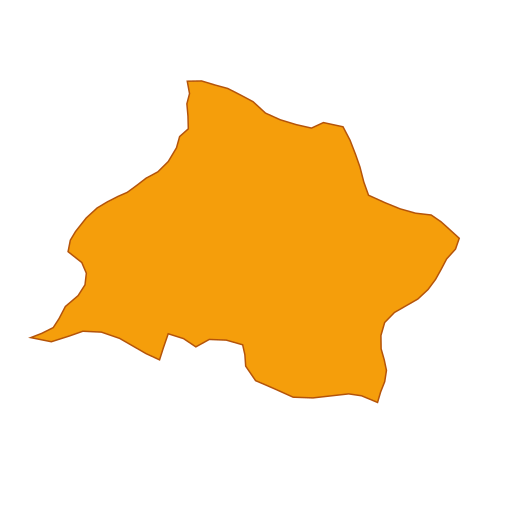 outline of Santa Rita de Minas, Minas Gerais, Brazil, rotated 289°
{"feature_id": "56859067B52773915344075", "entity_name": "Santa Rita de Minas", "entity_type": "district", "adm_level": 2, "iso_a3": "BRA", "parent_name": "Brazil", "parent_adm1": "Minas Gerais", "projection": "equal_earth", "projection_center": [-42.126, -19.875], "detail": "fine", "context": "isolated", "style": "filled", "palette": "amber", "viewbox_px": 512, "rotation_deg": 289, "n_neighbors": 0, "source": "geoboundaries", "source_scale": "gbopen_adm2", "svg_char_len": 1262}
<svg xmlns="http://www.w3.org/2000/svg" viewBox="0 0 512 512"><g transform="rotate(289 256 256)"><path d="M157.1,418.6L168.1,418.1L179.1,418.6L190.3,416.6L199.5,411.1L209.0,404.5L221.5,400.0L235.0,399.3L247.7,405.3L257.8,414.1L268.1,423.1L280.4,429.6L292.4,433.4L303.6,435.4L315.3,437.2L327.5,442.4L338.9,442.4L344.1,430.4L348.6,419.8L351.8,408.3L348.4,392.8L347.5,376.9L348.4,360.6L350.1,342.6L361.1,333.8L374.0,325.3L384.5,317.0L396.1,307.2L406.5,296.2L404.1,276.3L395.0,266.8L393.3,251.2L392.7,234.4L394.2,218.4L400.9,203.1L403.2,188.8L405.2,174.7L404.3,161.2L403.8,147.6L398.9,134.1L387.9,140.3L377.4,141.1L366.2,146.1L354.2,150.6L344.1,144.9L332.4,145.6L316.8,142.3L303.6,135.8L293.9,126.8L284.3,120.5L274.2,113.5L267.5,106.2L258.9,97.9L249.8,90.2L236.7,83.1L220.4,77.4L210.5,75.3L198.9,76.9L193.1,93.4L184.5,101.2L173.1,103.7L160.6,100.7L146.2,92.2L132.8,90.2L122.3,87.6L113.1,78.6L105.5,69.6L108.3,90.4L119.7,105.7L128.5,116.8L133.7,134.6L133.7,153.9L130.7,169.4L127.9,183.8L126.4,198.6L139.3,198.3L153.9,198.3L154.3,214.4L150.5,228.7L161.9,239.0L166.8,255.3L167.7,272.3L159.1,277.6L148.5,282.1L138.0,296.2L136.5,316.2L134.6,337.1L140.4,356.1L149.0,374.2L155.8,388.5L158.2,401.3L157.1,418.6Z" fill="#f59e0b" stroke="#b45309" stroke-width="1.5"/></g></svg>